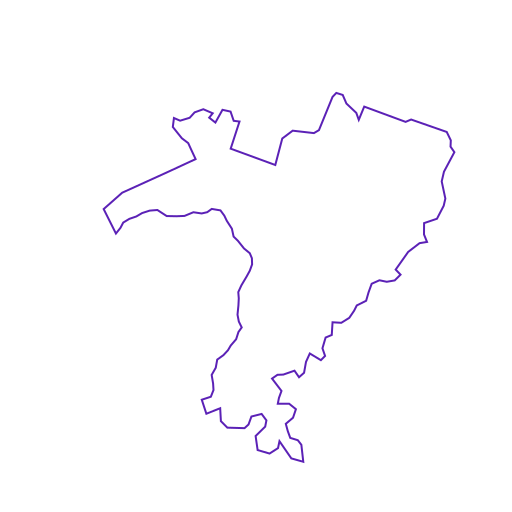 outline of São Valentim, Rio Grande do Sul, Brazil, rotated 290°
{"feature_id": "56859067B73841069656023", "entity_name": "São Valentim", "entity_type": "district", "adm_level": 2, "iso_a3": "BRA", "parent_name": "Brazil", "parent_adm1": "Rio Grande do Sul", "projection": "orthographic", "projection_center": [-52.582, -27.536], "detail": "fine", "context": "isolated", "style": "outline", "palette": "violet", "viewbox_px": 512, "rotation_deg": 290, "n_neighbors": 0, "source": "geoboundaries", "source_scale": "gbopen_adm2", "svg_char_len": 1949}
<svg xmlns="http://www.w3.org/2000/svg" viewBox="0 0 512 512"><g transform="rotate(290 256 256)"><path d="M375.9,156.3L370.0,149.2L363.2,146.4L357.2,138.4L357.6,131.7L348.8,133.7L341.3,146.0L338.9,153.7L334.3,158.2L326.4,166.1L305.7,145.3L269.7,108.6L248.0,96.8L229.2,116.7L236.1,119.0L242.0,119.8L247.6,124.3L252.2,130.0L257.4,134.3L262.3,140.6L265.5,147.6L263.0,158.4L266.1,167.5L269.2,175.1L275.7,182.2L277.4,190.4L280.5,195.2L285.1,198.3L286.7,207.0L283.1,212.4L279.1,216.5L273.4,224.0L266.6,228.3L264.1,233.8L259.0,242.1L256.5,249.2L252.5,252.9L246.8,255.2L240.0,255.2L233.5,254.2L223.4,252.3L216.0,251.7L210.3,254.3L203.5,256.4L194.5,258.7L188.5,262.3L184.0,267.0L178.6,265.5L171.0,265.8L163.3,262.9L157.9,261.9L151.7,259.3L145.4,255.0L137.2,256.4L129.1,255.0L121.5,259.3L115.5,261.9L108.3,261.7L102.4,254.2L90.8,263.3L100.7,274.4L88.8,279.5L84.9,287.8L90.3,304.1L95.1,306.6L103.6,306.6L109.5,315.3L105.1,322.0L98.8,323.0L86.7,317.2L74.2,323.9L75.0,336.3L83.0,342.4L90.0,341.4L77.9,358.4L78.8,370.8L94.1,363.2L97.2,358.3L96.8,350.4L102.4,345.7L108.5,341.4L116.7,346.1L125.7,345.9L128.5,337.7L124.6,327.0L130.5,326.1L137.9,326.1L146.3,313.0L151.7,316.8L153.9,322.2L161.4,331.4L156.8,337.9L162.7,341.1L173.6,339.2L182.8,339.9L180.3,352.6L185.7,355.1L192.0,350.0L203.2,349.3L207.7,354.2L219.9,350.6L222.4,359.0L229.8,364.8L238.1,366.9L244.0,367.6L251.6,374.8L260.3,374.2L269.5,374.2L275.4,380.3L276.5,387.7L280.5,394.7L287.9,398.2L291.0,391.9L311.9,397.6L324.0,405.3L327.7,411.9L333.7,406.5L344.4,402.7L352.9,413.3L367.4,415.2L374.7,414.3L389.6,405.0L399.5,403.8L421.4,406.9L425.3,401.4L431.3,399.5L437.8,392.8L437.3,355.1L433.2,350.7L433.4,306.6L419.1,306.0L424.8,301.3L430.2,288.8L437.0,282.4L436.7,275.7L431.7,273.5L395.8,272.1L391.3,268.4L386.3,247.6L375.4,240.5L348.1,243.0L348.2,195.5L376.7,194.5L375.4,188.8L383.0,182.7L381.9,174.5L367.5,172.2L370.0,164.7L375.3,166.5L375.9,156.3Z" fill="none" stroke="#5b21b6" stroke-width="2"/></g></svg>